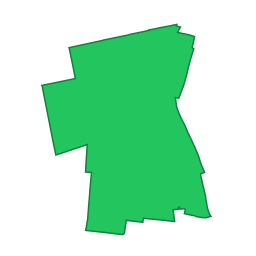 Corabia, Romania, rotated 274°
{"feature_id": "2599482B61415675017913", "entity_name": "Corabia", "entity_type": "district", "adm_level": 2, "iso_a3": "ROU", "parent_name": "Romania", "parent_adm1": "", "projection": "albers", "projection_center": [24.472, 43.795], "detail": "fine", "context": "isolated", "style": "filled", "palette": "green", "viewbox_px": 256, "rotation_deg": 274, "n_neighbors": 0, "source": "geoboundaries", "source_scale": "gbopen_adm2", "svg_char_len": 2576}
<svg xmlns="http://www.w3.org/2000/svg" viewBox="0 0 256 256"><g transform="rotate(274 128 128)"><path d="M227.4,142.1L227.1,141.8L226.6,141.2L226.4,140.6L224.8,135.2L221.4,122.9L221.2,122.9L220.7,121.4L213.9,97.0L213.8,96.9L213.7,96.8L213.6,96.7L213.4,95.9L207.9,76.9L204.0,63.6L200.6,64.6L187.0,68.4L173.7,72.0L171.9,65.8L171.3,63.7L164.9,40.5L164.5,39.1L164.1,39.4L163.3,39.6L161.1,40.2L154.0,42.1L105.1,55.3L104.9,55.4L96.0,57.9L108.6,88.5L87.5,88.6L81.1,88.7L81.1,94.7L74.5,94.6L68.9,94.4L55.5,94.3L49.3,94.2L48.6,94.2L34.7,94.1L31.5,93.8L26.0,93.3L22.9,92.9L22.8,95.1L22.3,107.8L22.3,109.8L21.9,116.5L21.3,129.5L21.3,130.0L21.6,130.6L21.8,130.9L22.2,131.2L22.6,131.6L23.2,131.8L23.8,131.9L25.8,132.0L35.8,132.7L35.7,133.3L35.0,149.3L39.0,149.7L38.5,168.0L38.0,181.1L49.6,178.7L50.3,182.8L50.6,184.1L50.8,184.2L51.0,184.3L51.5,184.2L52.2,184.0L52.4,184.0L52.6,184.1L52.7,184.4L52.7,184.7L52.7,184.9L52.6,185.1L52.4,185.1L52.1,185.2L51.9,185.2L51.7,185.2L51.2,185.3L50.8,185.4L50.7,185.5L50.7,186.1L51.0,187.5L51.4,190.0L50.8,190.5L50.3,190.8L49.9,190.9L49.6,190.8L49.2,190.7L48.7,190.5L48.1,190.4L47.5,190.4L46.5,190.2L45.9,194.2L45.0,201.0L44.3,202.5L44.1,205.4L43.8,208.3L43.9,212.2L45.2,215.7L45.6,216.9L46.6,216.2L47.5,215.6L48.4,215.0L49.4,214.6L50.7,214.0L52.0,213.5L53.6,212.9L54.9,212.5L56.4,212.1L57.9,211.8L58.9,211.6L60.0,211.3L61.3,210.9L62.3,210.6L63.0,210.5L63.5,210.5L64.1,210.4L64.9,210.2L65.8,210.0L67.0,209.6L68.3,209.2L69.5,208.9L70.6,208.5L71.7,208.1L72.8,207.9L73.8,207.5L74.9,207.1L76.1,206.7L76.9,206.5L77.8,206.2L78.2,206.1L78.4,206.0L79.1,205.9L80.0,205.6L81.0,205.3L81.9,205.1L82.7,204.7L83.7,204.4L84.6,204.1L85.3,203.9L86.0,203.8L87.3,203.6L89.1,207.5L97.3,203.3L104.2,200.6L111.5,197.0L111.8,196.9L112.1,196.7L113.7,195.9L114.0,195.7L114.5,195.4L120.8,192.0L127.8,187.9L134.5,184.6L141.6,180.3L145.5,178.2L145.8,178.0L146.0,178.0L146.1,177.9L152.1,175.2L161.6,173.1L161.3,176.6L173.8,180.4L179.2,181.6L179.7,181.7L179.9,181.7L183.5,182.5L193.0,184.1L200.5,185.5L211.8,188.1L212.5,186.4L213.6,186.6L213.8,186.6L215.4,186.9L223.8,188.0L225.1,183.0L225.3,181.6L225.8,178.4L226.0,176.4L226.2,175.1L226.6,172.5L226.7,171.7L226.8,170.8L227.9,171.2L229.1,171.8L229.9,172.1L230.6,172.4L231.4,172.8L232.3,173.3L232.8,170.7L233.2,169.1L234.7,169.5L233.8,166.0L233.6,165.3L233.5,164.9L233.2,164.2L233.0,163.8L232.6,162.0L231.3,156.8L230.9,155.7L231.0,155.6L229.7,150.9L228.8,147.9L228.0,144.9L227.9,144.7L227.8,144.2L227.6,143.5L227.5,143.3L227.4,143.1L227.0,142.3L227.2,142.2L227.4,142.1Z" fill="#22c55e" stroke="#15803d" stroke-width="1.5"/></g></svg>